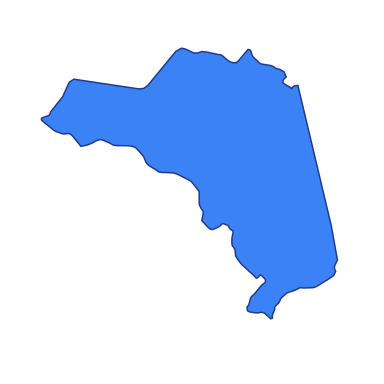 Alajuela, Robinson projection, rotated 346°
{"feature_id": "CRI-1333", "entity_name": "Alajuela", "entity_type": "Province", "adm_level": 1, "iso_a3": "CRI", "parent_name": "Costa Rica", "parent_adm1": "", "projection": "robinson", "projection_center": [-84.692, 10.447], "detail": "fine", "context": "isolated", "style": "filled", "palette": "blue", "viewbox_px": 384, "rotation_deg": 346, "n_neighbors": 0, "source": "natural_earth", "source_scale": "10m", "svg_char_len": 2790}
<svg xmlns="http://www.w3.org/2000/svg" viewBox="0 0 384 384"><g transform="rotate(346 192 192)"><path d="M280.9,67.2L282.8,68.3L283.3,70.0L283.3,72.3L283.7,75.1L284.6,76.8L287.2,80.5L287.8,82.1L289.9,84.4L299.2,88.4L301.3,90.0L303.1,92.2L307.0,94.4L310.4,97.7L311.2,103.2L308.4,104.8L307.6,105.4L306.7,107.2L307.0,108.5L307.9,109.4L308.3,110.2L312.7,114.2L313.8,115.8L316.0,113.9L319.1,114.0L320.6,114.2L320.5,115.2L320.0,163.8L319.6,200.5L319.3,226.6L319.0,257.9L316.7,292.5L316.7,293.1L313.0,297.5L312.0,299.3L311.9,299.9L311.8,300.6L311.8,301.8L312.2,303.8L309.2,307.4L303.7,309.4L290.3,313.7L286.7,314.2L285.7,313.9L283.2,313.5L282.3,313.3L281.5,313.0L277.5,312.3L273.7,311.0L268.8,312.1L259.8,312.9L253.7,316.0L252.0,317.1L251.8,317.4L251.6,318.0L249.3,320.6L245.8,322.6L244.5,323.7L243.9,324.5L244.0,325.1L243.9,325.8L240.2,331.0L239.8,331.9L239.6,333.6L239.2,334.0L237.8,334.1L233.4,327.5L231.6,326.0L229.2,325.4L226.6,325.3L223.3,324.2L219.1,322.4L217.7,321.3L217.0,320.4L217.3,319.2L217.3,317.9L217.4,317.3L217.8,316.8L218.1,316.4L219.5,315.7L223.2,309.1L224.8,307.5L227.0,306.7L236.8,299.4L240.0,298.0L241.0,297.4L241.6,296.8L241.8,296.3L242.0,294.6L239.4,289.9L238.0,289.1L237.5,289.3L235.9,290.7L234.4,291.2L233.7,291.2L233.3,291.0L233.1,290.7L232.8,290.0L232.7,289.5L231.4,287.3L228.2,282.8L226.5,279.9L223.3,275.3L222.1,273.2L219.9,268.1L218.9,264.5L219.7,258.7L219.6,257.9L219.4,256.6L218.3,254.3L218.1,253.4L218.1,252.5L219.3,247.4L219.9,245.7L222.0,241.4L222.2,240.2L222.2,239.4L221.8,239.0L220.6,237.9L219.8,236.6L218.7,233.1L215.1,230.5L213.6,230.2L213.1,230.4L212.6,230.7L211.3,231.6L208.6,232.5L204.8,233.2L203.1,233.3L202.0,233.2L200.7,232.3L200.3,231.9L199.0,230.2L194.6,222.1L197.8,215.3L198.1,213.0L197.6,212.0L197.3,211.6L196.8,210.0L196.0,205.8L199.1,193.2L194.7,183.4L193.2,180.8L181.8,170.9L178.2,168.8L167.1,165.6L164.4,164.3L162.2,161.6L156.9,156.3L156.2,155.4L155.1,153.5L154.5,151.9L153.6,145.8L151.3,141.1L148.5,136.1L147.2,134.6L145.9,133.7L143.2,132.4L141.0,131.6L130.3,128.8L127.2,127.6L126.0,126.6L124.5,125.0L118.5,120.4L117.0,119.5L115.8,119.0L114.6,118.9L113.2,118.9L110.8,119.3L106.4,120.5L101.2,121.1L95.2,120.8L90.2,109.8L88.5,106.8L87.6,106.1L87.1,105.8L86.6,105.5L86.1,105.3L81.6,104.7L80.4,104.2L75.5,101.0L73.2,99.1L64.2,87.2L63.9,86.8L63.5,85.9L63.4,85.3L63.5,84.8L64.3,83.8L71.1,83.2L72.9,82.3L73.5,81.3L73.9,80.3L89.6,68.2L99.2,56.1L100.0,55.5L100.5,55.3L101.3,55.2L102.5,54.7L104.0,54.3L104.5,53.9L133.2,65.8L165.6,79.2L170.2,79.8L174.9,77.9L195.5,62.6L210.4,51.6L216.6,49.9L220.2,51.7L227.8,57.8L231.3,58.4L235.6,58.1L240.2,59.8L250.2,64.7L251.3,65.1L252.3,65.5L253.3,66.1L254.2,66.8L258.7,73.2L260.4,74.8L262.2,75.9L264.4,76.9L266.6,77.1L268.5,76.2L279.2,68.4L280.9,67.2Z" fill="#3b82f6" stroke="#1e3a8a" stroke-width="1.5"/></g></svg>